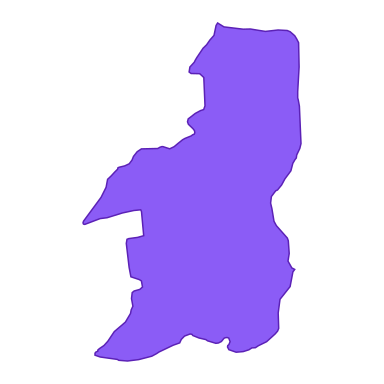 San Vicente Pacaya, Escuintla, Guatemala (Mercator projection)
{"feature_id": "79465075B46542077194483", "entity_name": "San Vicente Pacaya", "entity_type": "district", "adm_level": 2, "iso_a3": "GTM", "parent_name": "Guatemala", "parent_adm1": "Escuintla", "projection": "mercator", "projection_center": [-90.654, 14.339], "detail": "fine", "context": "isolated", "style": "filled", "palette": "violet", "viewbox_px": 384, "rotation_deg": 0, "n_neighbors": 0, "source": "geoboundaries", "source_scale": "gbopen_adm2", "svg_char_len": 2181}
<svg xmlns="http://www.w3.org/2000/svg" viewBox="0 0 384 384"><path d="M217.6,23.0L216.1,25.4L214.0,35.4L210.0,39.9L206.6,44.8L203.1,48.2L196.8,57.6L195.2,60.3L194.3,62.2L189.9,67.0L189.1,72.0L191.1,73.5L199.7,73.7L203.8,77.5L205.0,105.8L203.7,109.5L202.4,110.0L200.5,110.6L195.3,113.4L188.2,118.9L187.5,121.8L188.4,124.3L193.0,128.7L194.5,130.7L194.8,132.8L194.2,134.2L192.6,134.8L191.2,135.9L185.0,138.4L182.5,139.8L180.3,141.6L178.4,143.1L174.1,146.7L169.7,148.8L162.9,146.6L161.9,146.6L160.0,147.2L157.8,148.5L141.4,148.9L137.2,151.7L133.5,156.4L132.0,160.1L129.2,163.8L124.7,165.9L119.3,167.2L118.0,167.7L117.6,169.2L114.5,172.3L111.2,175.9L107.6,179.3L106.1,187.3L101.1,197.3L83.5,221.2L83.0,222.9L83.5,224.1L84.8,224.4L100.1,218.6L107.2,217.7L122.3,213.0L133.8,210.5L140.7,209.8L141.5,211.6L143.7,235.7L137.6,237.4L128.7,238.6L127.0,239.3L126.3,243.4L129.1,267.3L130.9,276.8L139.3,279.6L141.4,280.9L142.5,287.0L139.8,289.4L134.1,291.0L132.2,292.6L131.5,298.6L132.9,306.2L131.2,309.9L130.5,313.5L125.4,322.1L114.3,331.6L107.8,341.3L104.0,345.5L99.3,348.7L97.8,350.1L97.8,351.2L95.8,352.1L95.0,353.2L95.0,355.2L100.2,357.0L117.3,359.4L118.8,360.3L127.5,361.0L138.7,359.6L151.8,356.2L156.6,353.6L159.0,352.0L173.2,345.2L179.7,342.9L181.3,339.4L184.5,336.1L188.7,334.5L190.0,334.0L191.9,334.3L192.8,335.5L199.0,338.0L205.9,339.6L207.5,340.8L215.8,343.3L218.4,343.0L221.4,341.5L224.0,338.3L225.0,337.8L227.0,337.5L228.7,338.0L230.1,341.7L228.8,344.7L227.8,345.5L227.5,347.0L228.9,349.7L236.1,352.2L243.2,351.6L248.9,349.8L251.9,347.9L255.4,347.7L258.4,345.7L266.6,341.7L275.2,333.9L277.6,331.1L278.7,328.4L278.2,313.0L280.0,299.3L290.1,286.6L292.9,271.9L294.1,270.3L294.7,269.4L291.8,267.9L288.0,261.1L289.2,253.5L288.3,240.7L287.3,238.0L276.4,225.7L274.0,221.3L271.9,208.6L270.6,203.1L271.4,196.5L275.7,190.8L277.5,190.0L281.6,185.0L284.9,178.9L290.9,170.8L292.8,163.4L295.0,159.6L296.3,158.0L296.7,155.0L299.8,148.5L301.0,143.6L299.4,106.2L298.3,100.1L297.7,97.9L297.7,91.7L299.1,67.0L298.6,42.7L296.6,38.8L294.7,35.7L290.1,31.7L287.2,30.5L278.1,30.0L265.4,31.4L258.9,30.4L250.4,29.0L243.3,29.2L224.0,26.9L217.6,23.0Z" fill="#8b5cf6" stroke="#5b21b6" stroke-width="1.5"/></svg>